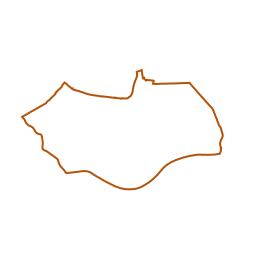 Leiderdorp, Zuid-Holland, Netherlands, rotated 314°
{"feature_id": "6326949B52811816416418", "entity_name": "Leiderdorp", "entity_type": "district", "adm_level": 2, "iso_a3": "NLD", "parent_name": "Netherlands", "parent_adm1": "Zuid-Holland", "projection": "equal_earth", "projection_center": [4.544, 52.157], "detail": "fine", "context": "isolated", "style": "outline", "palette": "amber", "viewbox_px": 256, "rotation_deg": 314, "n_neighbors": 0, "source": "geoboundaries", "source_scale": "gbopen_adm2", "svg_char_len": 5359}
<svg xmlns="http://www.w3.org/2000/svg" viewBox="0 0 256 256"><g transform="rotate(314 128 128)"><path d="M203.3,141.0L201.0,138.9L199.7,137.5L195.9,133.9L194.4,132.5L191.4,129.6L190.9,129.1L190.5,128.6L189.9,128.0L189.2,127.3L188.7,126.8L188.0,126.1L185.8,124.1L184.1,122.3L182.6,120.8L180.2,118.6L179.6,118.1L178.8,117.2L178.3,116.6L177.2,115.3L177.6,115.0L177.9,114.8L178.3,114.6L179.6,113.9L179.8,113.6L179.7,113.3L179.2,112.7L175.3,107.7L174.9,107.7L174.7,107.8L174.7,107.5L174.7,107.2L174.6,106.6L174.7,105.5L175.3,104.7L174.2,104.2L175.9,101.8L177.5,99.7L178.5,98.5L178.7,98.2L179.2,97.6L174.4,95.3L173.2,96.9L172.9,97.2L172.7,97.5L172.3,97.8L171.9,98.1L171.5,98.4L171.1,98.7L170.6,98.9L170.0,99.2L169.5,99.4L167.8,100.1L167.1,100.3L166.3,100.7L165.2,101.2L164.1,101.7L163.5,102.1L162.7,102.5L161.9,102.9L161.2,103.4L160.5,103.8L159.9,104.2L158.0,105.6L157.4,106.0L156.9,106.2L156.5,106.5L155.9,106.8L153.7,107.6L152.8,107.7L151.9,107.5L150.9,107.2L149.9,107.2L149.3,107.2L148.8,106.9L147.0,105.2L146.5,104.7L145.0,102.8L144.6,102.9L141.2,98.3L141.3,98.3L141.0,97.8L140.8,97.9L140.6,97.6L140.4,97.5L140.4,97.4L132.8,87.4L132.6,87.5L131.3,85.7L130.5,84.3L130.3,84.1L128.7,81.9L127.4,80.2L126.1,78.3L126.1,78.2L125.3,76.9L124.8,76.1L124.3,75.1L123.5,73.7L122.7,72.0L122.6,71.7L122.2,70.8L119.5,65.2L119.0,64.8L118.8,64.5L118.6,63.7L118.4,63.1L118.4,62.9L118.3,62.7L118.0,62.7L117.4,61.0L117.5,60.9L117.4,60.9L117.2,60.4L117.2,59.7L117.3,59.1L117.3,58.6L116.9,55.9L116.9,54.8L117.0,53.0L117.0,52.5L116.9,52.2L116.7,51.9L116.6,51.4L116.6,50.8L114.9,50.9L114.3,51.0L113.2,51.1L112.7,51.2L111.7,51.6L111.2,51.7L110.9,51.7L110.3,51.7L108.9,51.7L107.8,51.6L107.0,51.5L106.3,51.4L106.0,51.4L105.7,51.5L105.0,51.6L104.8,51.6L104.5,51.6L104.0,51.4L102.7,51.5L102.4,51.7L102.4,52.0L102.2,52.2L101.4,52.2L100.8,52.1L98.4,52.1L97.8,52.0L97.3,52.0L96.8,52.0L96.3,51.9L96.0,51.8L95.6,51.9L95.1,52.0L94.6,52.1L94.3,52.1L92.3,51.7L91.6,51.6L91.0,51.6L90.6,51.6L90.2,51.7L89.6,51.7L89.1,51.8L88.5,51.7L80.2,49.3L72.2,46.9L62.4,44.1L62.4,44.5L62.3,44.8L62.3,45.2L62.3,46.8L62.3,47.1L62.2,47.7L61.5,49.4L61.4,49.8L61.2,50.1L61.1,50.6L61.0,51.1L60.9,51.3L60.9,51.6L60.9,51.8L60.8,52.4L60.7,53.0L60.7,53.5L60.7,54.5L60.8,54.7L61.3,55.8L61.5,56.2L61.6,56.5L61.7,57.1L61.9,58.1L62.0,58.2L62.0,58.5L62.1,59.3L62.1,59.8L62.1,60.1L62.0,60.3L61.9,60.8L61.6,62.0L61.5,62.5L61.2,63.2L61.2,63.4L61.1,63.7L60.8,64.7L60.8,64.8L61.0,65.7L61.2,66.8L61.5,67.7L62.4,69.2L62.6,69.6L62.7,69.8L62.8,70.1L62.8,70.4L62.8,70.5L62.7,70.8L62.6,71.0L62.3,71.3L62.1,71.8L60.8,73.7L60.5,74.1L60.3,74.3L59.3,75.6L59.1,75.9L58.9,76.1L58.3,76.9L57.9,77.3L56.0,78.8L55.0,79.6L54.7,79.9L54.5,80.1L54.0,80.6L53.7,81.2L53.6,82.4L54.2,84.2L54.8,85.7L55.5,90.6L55.7,91.7L55.8,92.4L56.4,96.8L56.5,97.9L56.7,98.6L56.4,99.4L56.2,100.0L55.9,100.5L55.5,101.2L55.3,101.6L54.8,102.5L54.6,103.0L54.4,103.5L54.2,103.9L54.0,104.5L53.8,105.2L53.7,105.7L53.6,106.4L53.4,109.6L53.3,110.8L53.3,111.3L53.2,111.9L53.0,112.5L52.8,113.8L52.7,114.3L52.7,114.6L52.8,114.8L52.8,115.0L53.0,115.3L53.5,115.7L54.0,116.1L55.9,117.6L58.8,120.0L59.3,120.4L60.7,121.5L61.9,122.5L65.2,125.1L65.6,125.5L66.1,125.9L66.4,126.2L67.1,126.9L67.4,127.3L67.7,127.6L68.0,128.0L68.5,128.8L68.7,129.2L68.9,129.5L69.3,130.3L69.5,130.7L69.8,131.4L69.9,131.8L70.0,132.2L70.4,134.1L70.6,135.1L70.6,135.5L71.0,137.4L71.2,138.3L71.7,140.3L72.1,141.6L72.6,143.7L72.9,145.0L73.2,146.3L73.4,147.3L73.8,148.6L74.2,150.0L74.5,151.0L74.8,151.9L75.3,153.5L75.8,155.0L76.3,156.4L76.7,157.9L77.2,159.4L77.6,160.4L78.8,162.9L79.4,164.2L80.1,165.4L80.8,166.5L81.7,167.9L82.7,169.2L84.1,170.8L85.5,172.2L87.0,173.6L87.5,174.1L89.1,175.3L90.2,176.1L90.8,176.5L91.7,177.0L92.4,177.3L92.9,177.6L94.5,178.3L96.3,178.9L97.8,179.4L100.4,180.1L101.3,180.3L102.2,180.5L102.7,180.7L104.2,180.9L106.7,181.3L110.9,181.6L112.8,181.6L114.2,181.7L114.5,181.7L117.3,181.5L119.6,181.4L123.1,181.2L123.9,181.2L124.6,181.2L125.7,181.3L127.1,181.4L128.0,181.5L129.0,181.7L130.3,182.0L131.9,182.4L133.1,182.7L134.2,183.1L135.6,183.7L137.7,184.5L138.6,184.9L140.5,185.9L142.3,186.8L144.3,187.8L147.0,189.4L147.8,189.9L148.3,190.2L149.5,191.0L150.6,191.7L151.5,192.3L152.0,192.7L153.9,194.1L155.8,195.6L156.1,195.8L157.3,196.8L158.2,197.6L158.7,198.1L159.1,198.5L159.9,199.6L161.9,201.6L163.3,203.1L164.0,203.9L167.8,207.6L168.4,208.2L169.5,209.1L170.8,210.1L173.2,211.9L174.1,211.5L175.9,210.8L176.3,210.6L177.0,209.7L177.4,209.2L177.7,209.2L178.0,209.3L178.3,209.2L178.6,208.6L178.7,208.0L178.8,207.9L178.9,207.5L179.0,207.3L179.4,206.7L179.6,206.4L180.6,205.3L180.8,205.0L181.1,204.8L181.4,204.6L181.6,204.5L181.8,204.3L183.2,203.7L183.6,203.5L184.4,203.1L185.2,202.8L185.4,202.7L185.7,202.7L185.9,202.7L186.2,202.6L186.3,202.5L186.6,202.3L186.8,202.2L187.4,202.1L187.5,202.0L187.8,201.9L188.0,201.7L188.9,200.8L189.1,200.6L189.4,200.2L190.0,198.8L190.3,198.4L190.8,197.5L191.2,196.9L191.3,196.7L191.7,196.2L192.0,195.8L192.1,195.5L192.4,195.0L192.8,193.9L192.9,193.6L192.8,193.4L192.8,193.0L192.8,192.9L192.9,192.7L193.3,191.2L193.6,190.6L194.2,189.6L194.4,189.2L194.7,188.5L195.1,187.5L196.4,185.0L196.4,184.8L196.6,184.4L196.7,184.0L197.5,182.3L198.2,180.8L200.2,176.6L200.2,176.4L200.3,176.2L200.4,175.7L200.5,175.5L200.6,175.3L200.7,173.4L200.8,171.1L201.4,163.0L201.8,157.0L202.4,150.1L203.0,142.8L203.1,141.4L203.3,141.0Z" fill="none" stroke="#b45309" stroke-width="2"/></g></svg>